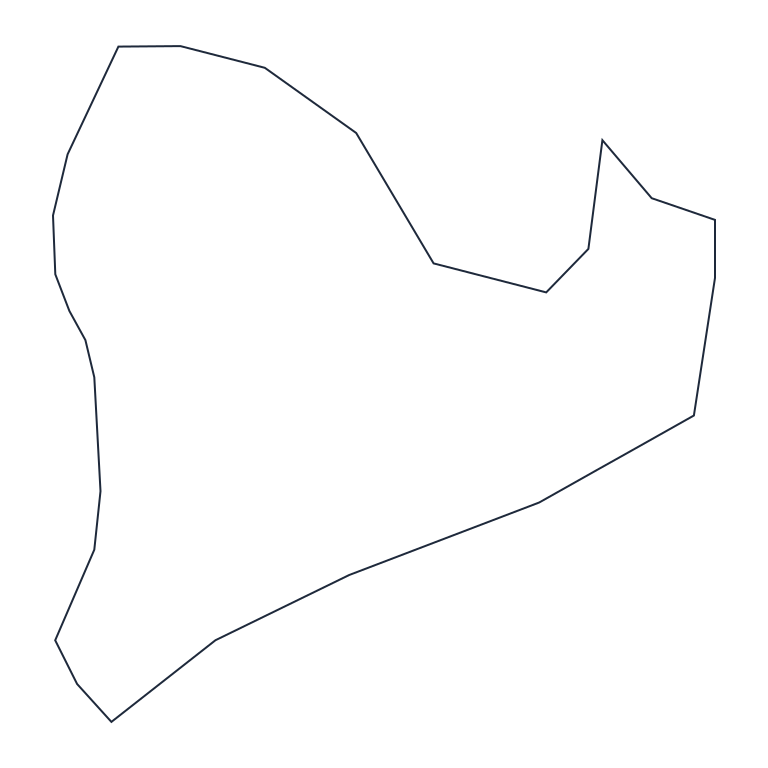 an SVG outline of Soufrière
{"feature_id": "LCA-5085", "entity_name": "Soufrière", "entity_type": "Quarter", "adm_level": 1, "iso_a3": "LCA", "parent_name": "Saint Lucia", "parent_adm1": "", "projection": "albers", "projection_center": [-61.032, 13.851], "detail": "fine", "context": "isolated", "style": "outline", "palette": "slate", "viewbox_px": 768, "rotation_deg": 0, "n_neighbors": 0, "source": "natural_earth", "source_scale": "10m", "svg_char_len": 463}
<svg xmlns="http://www.w3.org/2000/svg" viewBox="0 0 768 768"><path d="M111.4,721.9L77.1,684.0L55.2,640.3L94.3,549.7L100.5,491.2L94.3,377.3L85.4,340.1L69.4,311.0L55.3,274.3L53.0,215.5L67.6,154.3L118.4,46.6L180.4,46.1L264.8,67.8L356.2,133.0L433.6,263.4L546.2,292.4L588.4,248.9L602.4,140.2L651.7,198.2L715.0,219.9L715.0,277.9L693.9,415.5L632.8,449.9L597.1,469.9L539.2,502.5L349.2,575.0L215.5,640.2L111.4,721.9Z" fill="none" stroke="#1e293b" stroke-width="2"/></svg>